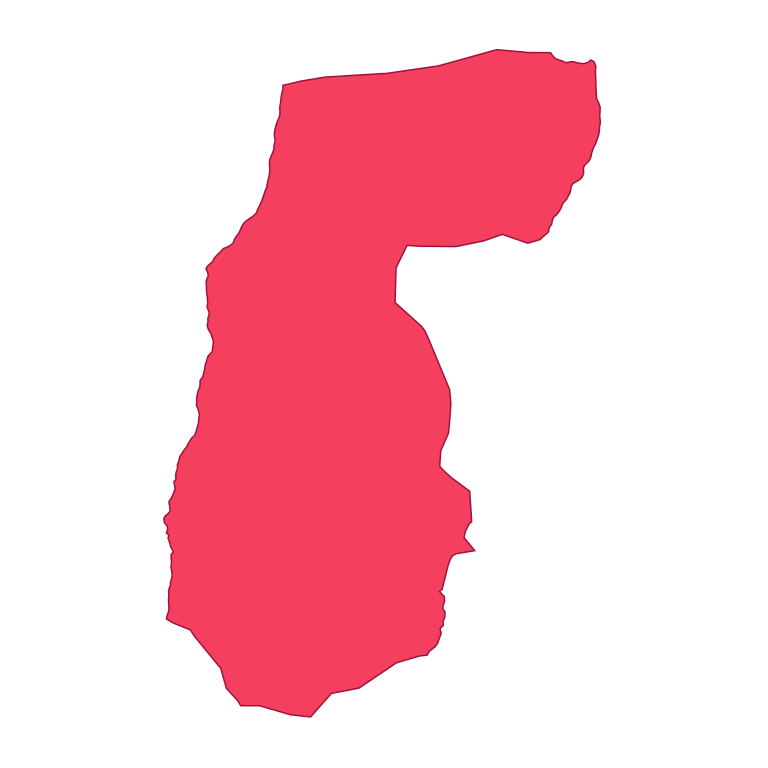 outline of Brejo do Piauí, Piauí, Brazil, rotated 178°
{"feature_id": "56859067B37698390775933", "entity_name": "Brejo do Piauí", "entity_type": "district", "adm_level": 2, "iso_a3": "BRA", "parent_name": "Brazil", "parent_adm1": "Piauí", "projection": "mercator", "projection_center": [-42.787, -8.365], "detail": "fine", "context": "isolated", "style": "filled", "palette": "rose", "viewbox_px": 768, "rotation_deg": 178, "n_neighbors": 0, "source": "geoboundaries", "source_scale": "gbopen_adm2", "svg_char_len": 3845}
<svg xmlns="http://www.w3.org/2000/svg" viewBox="0 0 768 768"><g transform="rotate(178 384 384)"><path d="M489.0,56.7L469.0,53.8L447.4,76.6L419.5,81.0L381.4,104.9L357.8,111.0L352.9,111.3L350.2,111.6L348.7,114.6L345.3,117.4L342.5,119.3L339.5,123.0L337.6,127.8L335.6,132.6L336.5,137.6L333.3,140.5L333.1,145.1L331.2,149.4L331.0,154.1L333.1,157.7L332.4,161.3L331.0,164.6L331.2,169.6L334.0,172.7L335.9,174.7L333.1,176.6L326.2,200.6L324.6,204.8L323.3,207.5L321.2,210.1L317.8,211.9L307.3,213.2L299.2,214.3L309.3,227.7L308.7,230.5L307.7,234.1L305.6,238.0L303.6,241.5L301.3,243.1L301.4,251.2L302.1,273.8L319.6,287.8L327.2,295.1L331.2,299.8L329.6,315.3L327.7,319.3L321.4,332.3L320.6,337.5L320.2,341.2L319.6,345.3L317.9,361.7L318.6,376.0L320.1,380.1L325.6,394.8L331.0,409.2L336.0,422.5L338.1,428.1L341.5,436.1L344.8,440.6L370.1,465.0L367.9,499.7L356.1,521.7L341.9,520.3L326.5,519.7L307.5,518.8L279.6,523.5L260.5,529.4L235.4,519.7L222.9,522.9L219.8,525.8L216.6,528.3L214.3,530.3L213.4,534.5L210.9,537.8L210.1,541.3L208.8,544.7L206.1,546.7L203.5,549.6L201.3,553.0L200.0,556.0L198.6,558.8L195.1,562.2L192.9,566.1L191.3,568.8L190.6,572.0L190.1,575.0L188.1,577.8L184.2,579.8L180.7,581.9L178.5,584.3L177.1,587.8L177.2,591.7L176.5,594.7L174.3,597.0L171.3,599.8L169.3,603.6L168.4,607.7L166.4,612.9L164.3,616.4L163.1,619.4L161.9,622.4L160.5,626.4L159.9,630.0L159.6,633.7L158.7,637.3L158.7,640.2L159.1,643.7L158.7,648.0L158.3,653.1L159.7,657.6L161.4,661.3L161.7,666.5L161.8,671.0L161.8,676.1L161.7,680.4L161.8,683.6L161.8,687.5L161.7,690.5L161.2,693.4L161.8,696.1L163.0,698.8L165.9,700.6L168.7,698.4L173.0,697.2L176.6,697.6L180.0,698.3L183.4,699.5L186.7,699.4L191.2,698.8L195.1,700.8L197.8,701.7L201.0,703.0L203.5,705.5L206.0,709.3L228.1,710.2L234.6,711.1L259.7,714.2L318.6,700.0L359.8,695.5L370.4,694.3L377.0,694.2L428.0,692.9L432.7,692.7L455.9,689.7L474.6,686.0L474.7,682.0L475.9,678.4L476.8,674.3L477.4,669.7L478.5,664.3L478.5,659.8L478.6,657.0L479.5,653.9L481.1,650.9L482.5,647.2L483.7,643.5L484.5,640.2L484.9,637.1L484.7,634.0L484.2,631.0L485.4,627.0L485.9,622.6L487.3,618.7L489.1,615.3L490.5,611.8L490.8,608.7L490.6,604.1L490.9,599.9L491.5,595.8L492.9,591.3L493.7,587.8L494.4,584.5L496.4,580.3L498.1,575.5L500.3,570.0L502.5,566.0L504.1,563.0L505.7,559.2L509.1,556.2L513.2,553.6L516.0,551.8L518.8,549.3L520.9,545.9L522.0,543.4L523.5,540.4L525.7,537.6L528.4,533.9L529.6,530.6L532.0,528.3L535.9,526.3L539.7,525.0L541.8,522.9L544.9,520.0L547.6,517.5L549.6,515.1L550.8,512.6L553.7,510.1L556.1,508.2L557.9,505.3L556.3,501.6L555.8,498.2L557.2,495.5L558.2,492.6L558.1,487.5L558.1,483.5L557.9,480.4L557.5,476.5L557.4,471.1L558.1,467.3L557.2,464.6L556.4,461.8L556.4,459.1L557.7,456.0L557.7,452.6L558.6,448.6L557.6,444.6L555.4,440.9L554.6,438.2L553.7,435.2L553.0,432.4L553.5,429.2L554.1,425.3L554.6,422.3L556.8,420.1L558.9,418.0L560.7,412.8L562.1,408.9L562.6,405.7L563.6,401.6L565.0,397.2L567.6,394.1L567.8,390.4L568.3,386.9L570.1,383.4L571.1,379.7L571.8,376.0L571.8,372.1L572.3,369.3L571.1,366.6L569.5,360.7L570.2,356.7L570.8,351.3L572.0,347.7L573.3,343.3L575.0,339.3L578.3,336.5L581.1,332.3L583.6,327.9L586.5,324.5L588.1,322.0L590.5,318.8L591.7,314.3L593.3,310.5L593.4,306.4L594.9,302.9L595.4,299.1L595.2,296.1L597.4,293.7L596.4,286.7L598.2,282.1L600.3,277.8L603.1,273.8L602.5,269.7L602.2,264.5L604.7,261.6L607.1,259.9L608.7,257.3L608.3,253.0L605.6,249.5L605.3,245.8L606.7,242.8L604.3,240.4L605.2,237.3L603.9,233.4L602.8,228.7L601.5,226.0L600.4,223.5L602.7,221.0L602.8,216.2L602.5,213.5L603.3,208.4L602.7,204.4L602.4,200.3L602.8,197.4L604.2,194.0L604.7,189.6L605.9,187.1L606.6,184.0L606.3,180.6L606.9,176.2L606.8,171.2L606.7,167.1L607.3,164.0L608.7,160.5L609.7,156.8L603.4,152.7L596.4,149.6L586.0,144.9L582.5,138.9L562.5,112.6L557.0,105.4L552.1,85.3L541.0,72.3L538.4,67.5L528.0,67.1L519.7,66.8L489.0,56.7Z" fill="#f43f5e" stroke="#9f1239" stroke-width="1.5"/></g></svg>